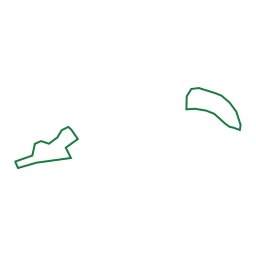 outline of Al Asimah
{"feature_id": "KWT-1663", "entity_name": "Al Asimah", "entity_type": "Province", "adm_level": 1, "iso_a3": "KWT", "parent_name": "Kuwait", "parent_adm1": "", "projection": "robinson", "projection_center": [48.15, 29.392], "detail": "fine", "context": "isolated", "style": "outline", "palette": "green", "viewbox_px": 256, "rotation_deg": 0, "n_neighbors": 0, "source": "natural_earth", "source_scale": "10m", "svg_char_len": 547}
<svg xmlns="http://www.w3.org/2000/svg" viewBox="0 0 256 256"><path d="M215.1,93.1L221.6,95.7L224.9,98.6L229.7,102.7L233.0,107.2L236.3,111.7L240.6,125.0L239.8,130.0L233.6,127.7L229.6,126.8L225.7,124.1L214.2,113.8L206.2,110.6L195.2,108.8L186.4,109.3L186.7,96.5L186.7,96.4L191.3,89.0L198.6,88.0L215.1,93.1ZM15.4,161.5L23.1,158.8L32.3,155.6L34.9,143.8L41.1,141.1L49.0,143.7L57.4,137.4L61.8,130.1L68.4,126.9L71.4,129.8L77.8,139.0L65.8,147.7L70.9,158.0L36.4,162.7L18.0,168.0L15.8,163.1L15.4,161.5Z" fill="none" stroke="#15803d" stroke-width="2"/></svg>